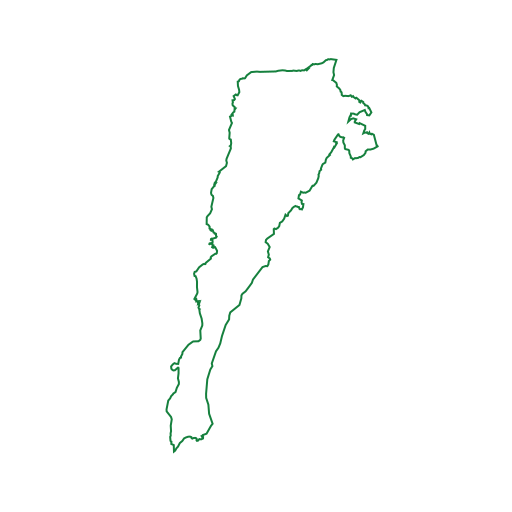 the district of Giulesti, Maramures, Romania, rotated 290°
{"feature_id": "2599482B91703806694060", "entity_name": "Giulesti", "entity_type": "district", "adm_level": 2, "iso_a3": "ROU", "parent_name": "Romania", "parent_adm1": "Maramures", "projection": "natural_earth1", "projection_center": [23.85, 47.83], "detail": "fine", "context": "isolated", "style": "outline", "palette": "green", "viewbox_px": 512, "rotation_deg": 290, "n_neighbors": 0, "source": "geoboundaries", "source_scale": "gbopen_adm2", "svg_char_len": 6115}
<svg xmlns="http://www.w3.org/2000/svg" viewBox="0 0 512 512"><g transform="rotate(290 256 256)"><path d="M467.8,264.5L466.6,258.9L465.9,258.0L465.6,256.5L464.5,255.7L463.9,254.7L461.0,253.2L459.6,251.9L457.3,248.4L456.8,246.2L456.0,245.2L455.8,243.7L454.9,243.6L454.6,242.8L453.9,242.7L449.4,239.7L448.7,240.4L448.9,240.7L447.8,240.2L448.3,238.7L446.9,237.8L446.3,235.8L445.1,234.4L445.2,233.7L444.8,232.4L443.8,231.0L443.0,227.6L442.3,226.7L440.4,221.8L440.3,220.1L439.6,217.4L437.7,213.6L436.2,211.5L430.4,196.8L429.6,193.8L427.2,188.6L422.6,185.6L419.3,184.9L418.7,184.0L418.6,182.9L418.0,182.5L417.0,180.8L415.9,180.2L414.3,180.1L413.6,179.2L409.6,180.9L406.5,183.2L404.3,184.3L400.7,183.8L400.5,183.0L400.9,181.8L398.6,180.3L396.3,182.5L395.0,182.1L394.3,180.7L392.3,181.8L391.4,181.7L390.2,182.2L389.6,182.6L388.6,185.1L387.5,185.4L387.7,186.3L385.9,185.8L384.3,186.3L383.1,185.5L380.8,184.8L380.8,185.8L380.0,186.2L379.8,185.5L378.1,183.9L373.8,186.8L372.8,187.9L365.2,187.5L362.8,189.1L357.4,190.6L356.9,191.1L356.8,192.5L353.6,194.1L351.5,194.5L350.4,193.9L350.2,194.8L348.4,195.6L337.3,195.1L335.6,195.4L333.6,196.8L330.2,197.1L322.6,192.4L322.6,193.1L322.1,193.4L318.0,192.7L316.7,193.1L312.4,192.9L310.6,192.2L309.4,192.3L310.0,193.1L308.9,192.8L307.7,193.2L306.9,192.6L303.7,191.5L300.1,192.1L299.0,192.7L298.2,193.5L297.7,195.0L296.0,196.1L287.0,197.2L284.9,198.6L280.4,198.3L276.9,196.8L275.5,196.5L269.1,198.7L269.0,200.4L268.0,202.0L267.4,202.6L266.3,202.7L265.9,203.0L265.9,203.9L264.9,204.2L264.4,205.5L264.7,205.9L266.4,204.8L265.5,205.7L265.5,206.6L263.6,208.0L263.6,208.9L262.9,209.5L263.3,210.2L263.2,210.8L261.2,211.6L260.8,212.4L259.6,212.2L257.5,209.4L257.2,208.4L256.5,207.9L255.8,208.1L256.2,209.0L256.0,209.6L254.3,210.5L253.2,210.1L252.0,208.1L250.4,208.0L251.8,208.4L251.9,209.3L252.5,209.6L252.2,210.0L252.5,210.9L250.6,211.8L249.3,211.8L249.3,212.4L249.9,212.0L251.1,212.7L250.6,213.1L250.2,212.7L249.3,213.0L250.3,214.6L247.5,217.7L245.2,218.2L244.5,217.9L244.2,217.0L240.5,214.3L239.3,213.9L238.1,214.5L232.3,211.1L231.2,211.2L230.9,210.9L230.7,209.7L229.8,208.8L225.9,206.4L221.1,205.2L220.1,203.8L218.1,203.9L216.2,205.1L216.4,206.1L214.4,207.9L211.6,209.4L206.5,211.2L202.1,213.4L200.7,213.6L194.7,212.8L194.7,213.5L194.2,213.6L194.0,214.2L194.9,214.7L194.4,215.0L193.9,214.5L194.2,215.0L193.6,215.5L193.0,215.5L193.8,217.2L193.2,216.8L192.8,217.0L193.1,217.6L192.0,217.8L192.5,218.0L192.4,218.4L192.1,218.5L192.5,218.8L190.9,218.8L190.3,219.6L187.8,219.6L187.0,220.4L186.8,221.2L186.4,221.0L183.0,222.8L178.6,226.3L174.4,228.6L172.3,229.3L167.0,229.1L159.5,232.3L158.1,232.3L156.2,231.1L154.4,226.6L153.9,225.9L149.5,222.9L140.5,219.8L138.8,220.3L135.8,219.9L134.9,220.3L134.2,219.4L132.2,219.1L128.0,219.8L127.4,217.9L127.4,216.0L125.7,214.9L123.2,214.0L121.1,215.0L120.5,216.1L120.2,217.5L120.9,218.9L124.4,220.8L124.5,221.3L124.1,221.6L119.1,223.4L114.3,224.5L111.3,226.6L109.3,227.3L105.0,226.7L100.6,226.9L98.4,225.3L97.7,225.3L95.3,224.2L92.8,224.0L90.2,223.0L81.2,224.4L79.4,225.2L75.7,231.2L73.7,232.7L67.4,233.9L62.3,236.1L60.1,236.4L58.0,237.3L56.7,237.2L53.2,238.8L52.7,239.3L52.6,240.0L50.4,240.7L50.2,243.4L44.2,245.8L45.5,246.6L48.1,247.0L50.2,247.9L54.2,248.4L56.9,250.0L60.0,250.8L61.6,252.3L63.0,254.1L63.7,255.7L63.7,257.2L62.8,257.8L62.6,258.6L63.7,259.7L64.4,261.6L64.0,262.7L62.4,263.2L62.1,263.7L62.6,264.6L64.6,265.4L64.9,267.1L66.4,268.6L67.8,268.2L67.9,267.5L67.6,267.2L68.2,266.5L69.1,267.5L69.6,267.3L72.1,270.3L81.1,271.8L83.5,272.6L91.7,265.9L100.0,262.1L105.6,257.7L109.5,256.2L123.5,252.4L133.7,251.9L137.6,252.7L139.9,251.2L152.8,251.0L156.9,252.1L161.6,252.3L169.3,251.4L180.8,251.1L187.2,252.4L190.8,251.3L194.2,251.1L204.3,257.2L211.2,256.7L214.0,255.8L215.9,256.2L219.2,258.3L225.1,260.1L229.3,261.3L232.8,261.2L247.8,265.9L249.9,268.5L250.3,270.1L252.3,270.5L255.7,269.8L257.4,270.6L258.4,269.8L259.0,267.8L261.6,267.6L264.4,265.6L269.1,265.8L271.5,262.9L272.3,260.3L274.5,259.9L276.2,260.6L282.9,265.3L287.3,263.5L288.1,263.9L288.1,265.6L290.2,267.1L292.1,267.6L295.3,267.1L297.4,268.8L300.7,269.7L304.9,269.6L304.1,271.4L304.8,272.2L307.3,271.7L310.9,273.3L313.5,273.8L315.2,274.8L316.5,276.0L316.3,276.9L316.6,277.7L316.4,278.6L316.7,279.6L315.2,280.7L315.0,281.4L315.7,282.5L315.5,283.2L317.7,283.5L321.0,282.8L320.7,281.4L322.1,280.4L323.8,280.1L324.6,276.2L327.7,275.6L328.3,275.7L328.8,276.4L331.8,276.2L331.6,278.7L332.2,279.7L332.4,281.0L335.7,284.0L341.1,285.0L341.5,285.3L341.6,286.1L345.5,287.7L350.3,287.9L352.6,287.6L353.8,286.9L355.2,287.1L357.5,286.7L359.4,287.7L360.3,287.1L364.5,287.2L365.3,287.4L367.5,289.2L370.5,288.7L372.4,288.9L376.2,290.9L376.6,290.2L379.2,291.2L384.6,292.0L385.0,292.0L384.8,292.5L389.5,293.4L389.6,292.8L390.5,292.9L390.4,289.9L392.0,289.9L398.3,291.5L398.6,291.9L397.5,293.0L396.8,294.4L397.0,296.8L397.4,297.3L397.2,298.4L394.4,298.4L392.5,299.3L390.4,301.6L387.7,302.6L387.0,303.3L387.4,306.7L386.8,307.6L384.5,308.6L382.0,311.0L380.7,311.5L380.7,313.1L379.9,314.0L381.9,315.6L382.0,316.4L383.1,318.4L384.4,319.4L384.5,320.3L387.7,322.8L390.4,323.6L391.9,323.2L394.3,324.6L395.1,327.0L397.1,329.8L400.6,332.8L401.1,332.3L400.8,331.8L410.2,325.3L410.5,323.2L409.8,322.8L410.1,321.9L409.7,321.5L410.0,320.6L410.7,320.2L409.3,319.8L409.6,318.3L410.2,317.9L409.5,317.0L409.1,315.9L408.0,314.9L410.9,314.8L412.7,315.2L415.7,314.1L416.3,307.9L415.3,307.8L415.3,303.1L416.2,302.8L418.7,303.4L418.6,300.3L417.2,298.5L413.9,296.8L418.3,296.4L420.5,296.7L420.5,297.1L422.4,296.6L423.2,299.2L423.0,300.2L423.3,302.7L426.5,304.1L430.4,308.3L428.9,309.5L427.4,311.6L426.4,312.2L426.9,314.4L430.4,315.3L433.8,311.8L433.4,311.2L434.9,310.2L435.3,308.6L434.9,307.0L435.7,306.4L436.4,304.5L437.4,304.1L437.9,302.0L435.9,301.5L436.2,300.3L437.5,300.2L438.9,296.6L439.0,296.1L438.1,295.6L438.8,293.2L439.4,292.5L438.4,291.6L439.4,290.0L437.9,288.3L437.0,284.9L436.1,283.4L436.7,281.5L438.8,280.6L439.3,280.1L439.4,279.3L440.8,278.5L441.9,276.9L443.0,273.9L444.5,273.5L446.2,272.2L447.6,268.0L447.5,267.5L452.7,267.5L455.2,265.9L459.3,264.8L467.8,264.5Z" fill="none" stroke="#15803d" stroke-width="2"/></g></svg>